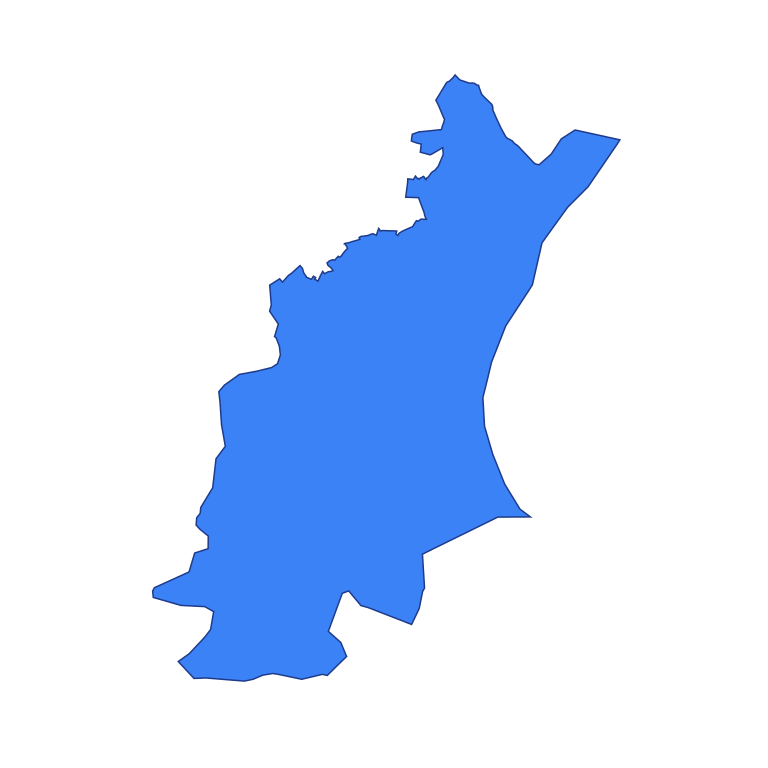 the district of Osisioma Ngwa, Abia, Nigeria, rotated 187°
{"feature_id": "59680162B33112577829488", "entity_name": "Osisioma Ngwa", "entity_type": "district", "adm_level": 2, "iso_a3": "NGA", "parent_name": "Nigeria", "parent_adm1": "Abia", "projection": "mercator", "projection_center": [7.331, 5.172], "detail": "fine", "context": "isolated", "style": "filled", "palette": "blue", "viewbox_px": 768, "rotation_deg": 187, "n_neighbors": 0, "source": "geoboundaries", "source_scale": "gbopen_adm2", "svg_char_len": 3553}
<svg xmlns="http://www.w3.org/2000/svg" viewBox="0 0 768 768"><g transform="rotate(187 384 384)"><path d="M179.6,655.1L225.3,659.4L237.9,648.9L246.1,632.5L256.8,620.5L260.1,620.8L262.0,621.6L279.0,635.8L281.1,637.3L283.6,638.5L286.6,641.1L287.4,641.4L291.7,643.0L293.4,644.4L298.8,651.9L304.6,661.1L309.9,670.1L309.5,670.4L310.0,672.8L311.0,674.6L319.6,681.1L322.4,683.5L324.1,686.8L325.9,690.3L326.5,692.0L327.9,692.0L328.4,692.2L331.1,693.5L333.3,693.5L335.9,693.0L345.5,695.0L346.5,695.6L351.1,699.4L353.0,696.2L356.1,692.5L357.7,691.5L358.6,690.9L365.0,676.6L367.1,672.0L363.9,667.2L358.9,658.5L357.3,655.7L356.2,654.2L356.6,650.7L357.5,647.1L358.0,643.5L371.5,640.4L380.1,638.5L386.4,635.3L386.5,628.6L385.0,628.1L380.4,627.1L376.3,626.7L376.2,618.5L369.1,617.5L367.8,617.3L366.1,617.1L364.5,618.1L354.5,625.7L353.9,622.5L353.5,621.3L353.3,618.5L356.8,606.3L357.3,605.8L359.6,602.2L361.2,601.0L362.4,599.9L363.6,598.0L364.6,595.9L365.8,594.3L367.2,593.2L367.1,592.0L367.9,592.3L368.1,592.6L368.2,593.0L369.5,594.1L369.5,594.5L369.9,594.8L370.1,594.9L372.1,593.4L372.8,593.1L374.0,591.7L374.5,592.1L374.8,592.2L375.5,591.7L375.9,592.1L377.2,593.3L378.1,594.2L379.3,591.4L379.8,590.5L380.9,590.5L382.7,590.6L385.4,590.5L385.1,586.7L385.2,572.0L372.4,573.2L369.5,567.5L364.9,558.7L364.2,556.4L363.2,554.4L362.0,552.7L363.0,552.4L363.7,552.4L367.3,552.2L368.7,550.9L370.2,549.7L371.7,550.1L373.9,545.7L374.8,543.6L378.2,541.7L384.3,538.0L387.6,535.3L388.3,533.1L390.4,534.2L390.0,537.4L396.6,536.8L404.3,536.1L405.0,535.8L405.8,535.5L406.4,535.4L406.9,536.4L408.2,537.8L408.9,534.8L409.7,530.7L413.3,531.8L415.0,531.2L416.7,530.1L419.1,529.1L421.0,528.7L422.8,528.0L424.1,528.0L425.1,527.5L425.8,527.0L426.6,526.3L426.2,525.6L425.6,524.7L428.0,523.5L430.0,522.7L433.5,521.2L436.0,520.0L437.5,519.5L439.4,519.0L440.0,518.7L440.4,518.3L440.0,518.2L439.2,517.6L438.2,516.5L436.7,514.3L439.0,511.1L440.4,508.9L440.6,508.5L442.0,506.0L443.4,504.4L445.0,505.2L448.1,500.8L449.3,501.1L450.3,501.0L452.0,500.2L453.4,499.3L455.3,497.2L454.2,495.1L453.1,494.3L450.6,492.7L449.4,491.5L448.4,490.3L449.5,489.7L451.4,489.0L452.7,488.7L453.5,488.3L456.4,486.2L458.6,488.3L460.4,483.5L462.1,478.0L463.8,478.9L465.5,479.5L464.8,481.4L465.8,481.7L467.2,482.4L468.8,479.0L471.1,479.7L474.3,480.6L474.2,481.2L476.4,483.5L477.4,484.9L479.0,488.8L481.8,491.3L489.3,482.6L492.1,480.1L497.1,472.8L500.4,475.7L509.5,468.2L505.5,448.6L506.4,442.3L496.2,430.6L498.4,417.7L496.6,416.6L492.5,408.8L490.4,400.2L492.2,391.1L497.6,386.6L511.6,381.3L528.7,375.9L542.3,363.4L547.0,356.3L544.5,345.7L540.3,323.8L533.9,302.8L541.6,289.4L541.4,259.9L543.0,256.6L550.8,239.2L550.7,233.1L553.6,228.5L553.3,221.1L548.9,217.3L539.9,211.7L538.5,199.1L551.3,193.2L554.6,173.7L587.0,153.9L588.4,150.3L587.0,144.0L558.6,139.5L534.7,141.2L525.3,137.3L526.2,119.2L531.1,110.8L544.6,92.4L554.4,83.5L536.7,68.6L525.2,70.5L486.3,72.1L477.9,75.0L468.9,80.2L459.2,83.1L455.0,83.0L454.2,83.0L429.7,80.9L409.8,88.3L404.8,87.8L396.2,98.7L387.9,109.0L395.4,122.2L409.1,131.7L399.9,171.2L393.8,174.3L381.5,162.8L381.1,162.4L379.8,161.2L372.7,160.2L327.3,148.7L321.7,165.4L320.4,182.7L318.9,186.4L325.1,219.8L315.4,226.2L254.8,265.8L222.5,269.9L233.7,276.3L251.9,299.2L252.8,300.8L267.5,327.5L279.1,354.4L284.2,382.7L283.0,392.2L281.8,402.2L279.9,418.9L278.8,423.2L276.3,432.8L274.5,439.9L270.3,456.4L251.9,494.0L249.7,498.6L248.8,500.5L246.2,525.9L245.2,535.4L244.4,543.4L242.8,546.2L241.4,548.9L223.4,581.6L205.5,604.6L182.0,650.1L179.6,655.1Z" fill="#3b82f6" stroke="#1e3a8a" stroke-width="1.5"/></g></svg>